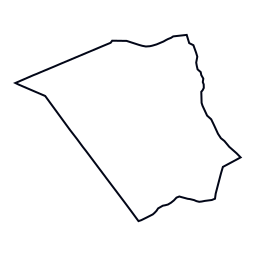 outline of Paraibano, Maranhão, Brazil
{"feature_id": "56859067B92174328056743", "entity_name": "Paraibano", "entity_type": "district", "adm_level": 2, "iso_a3": "BRA", "parent_name": "Brazil", "parent_adm1": "Maranhão", "projection": "albers", "projection_center": [-43.896, -6.414], "detail": "fine", "context": "isolated", "style": "outline", "palette": "ink", "viewbox_px": 256, "rotation_deg": 0, "n_neighbors": 0, "source": "geoboundaries", "source_scale": "gbopen_adm2", "svg_char_len": 1129}
<svg xmlns="http://www.w3.org/2000/svg" viewBox="0 0 256 256"><path d="M15.4,83.0L18.9,84.7L45.2,96.0L70.1,130.1L77.0,139.0L82.8,146.9L86.1,151.1L107.0,179.0L124.9,202.7L130.7,210.5L138.5,221.1L141.2,220.2L146.7,217.5L152.8,214.4L154.6,212.8L156.5,210.8L158.1,208.4L162.8,205.7L165.4,205.2L168.0,204.5L171.0,202.7L173.9,200.4L176.5,197.6L179.3,196.5L181.4,197.1L184.8,198.0L187.7,198.8L190.0,199.1L194.1,200.1L196.4,201.1L199.2,201.8L201.8,201.5L204.8,200.9L211.8,200.0L215.0,198.7L215.7,193.6L221.0,173.3L222.9,166.9L230.6,162.8L240.6,157.4L236.6,153.3L229.3,146.9L224.4,141.0L220.9,138.2L218.0,133.8L214.0,125.1L211.2,119.3L207.1,115.6L202.5,105.7L201.6,102.9L201.3,91.8L202.7,90.1L203.8,87.9L203.7,84.4L202.8,82.1L203.3,78.6L201.3,75.1L200.7,72.1L197.6,69.4L196.8,66.0L196.2,62.6L197.3,56.7L196.1,52.7L193.4,45.2L189.2,43.1L186.7,34.9L173.2,36.4L171.1,37.8L168.1,39.0L166.1,40.0L163.5,41.5L156.6,44.4L152.2,45.7L149.9,46.2L145.9,46.5L142.2,45.8L138.7,44.8L126.6,40.9L112.2,40.7L110.6,42.8L103.6,45.7L101.7,46.5L60.8,63.7L55.0,66.2L41.1,72.0L36.7,73.9L33.6,75.1L15.4,83.0Z" fill="none" stroke="#020617" stroke-width="2"/></svg>